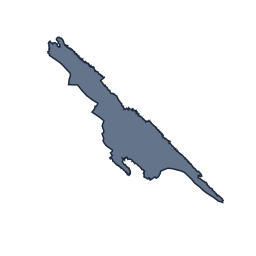 the district of Rangamati, Chittagong, Bangladesh, rotated 323°
{"feature_id": "16705992B35610473312733", "entity_name": "Rangamati", "entity_type": "district", "adm_level": 2, "iso_a3": "BGD", "parent_name": "Bangladesh", "parent_adm1": "Chittagong", "projection": "equal_earth", "projection_center": [92.168, 22.796], "detail": "fine", "context": "isolated", "style": "filled", "palette": "slate", "viewbox_px": 256, "rotation_deg": 323, "n_neighbors": 0, "source": "geoboundaries", "source_scale": "gbopen_adm2", "svg_char_len": 5963}
<svg xmlns="http://www.w3.org/2000/svg" viewBox="0 0 256 256"><g transform="rotate(323 128 128)"><path d="M158.8,244.4L159.4,243.2L160.4,243.1L160.3,242.3L160.7,241.5L159.5,235.9L159.3,235.6L158.7,235.8L158.8,235.1L158.4,234.9L159.1,233.5L158.5,232.7L158.7,231.2L158.4,231.0L158.5,230.3L157.8,228.4L158.5,228.0L158.7,227.2L157.2,224.6L157.5,223.3L156.8,221.0L157.4,220.8L157.7,218.4L156.8,218.0L156.6,216.1L156.1,215.9L155.2,211.7L154.0,210.2L154.3,209.4L155.3,209.3L155.5,208.3L156.7,208.8L156.4,209.8L156.9,210.6L158.0,210.8L158.5,209.0L158.3,205.8L158.1,204.7L157.0,204.4L157.0,200.8L156.7,199.6L156.3,199.4L156.6,194.5L156.1,194.1L156.2,193.4L155.7,192.8L155.9,192.4L155.7,192.0L156.2,191.9L156.2,191.4L155.8,191.2L156.0,190.9L155.7,190.7L155.9,189.1L155.7,188.6L155.9,188.5L155.7,188.5L155.7,187.9L155.4,187.5L155.6,187.5L155.4,186.9L155.7,186.3L155.1,185.0L154.9,181.7L154.5,181.5L154.3,180.2L154.0,180.2L154.1,179.1L153.7,178.9L153.7,177.2L153.4,176.8L153.7,176.4L153.3,176.0L153.6,175.5L153.0,175.5L153.2,174.5L152.9,173.8L153.4,173.5L152.9,173.2L153.3,173.1L153.3,172.6L152.8,171.3L152.9,169.9L152.5,168.9L152.5,165.7L152.2,165.5L152.2,164.9L152.8,164.5L152.1,164.5L152.7,164.1L152.5,163.8L152.9,163.1L152.5,163.0L152.9,162.6L152.5,162.2L152.2,162.6L152.4,162.1L151.8,160.7L152.0,160.6L151.7,159.9L151.9,159.2L151.6,158.7L151.1,158.7L151.0,157.4L150.2,156.9L150.8,156.2L150.7,155.2L151.2,155.4L151.7,155.0L151.7,153.7L151.4,153.8L151.2,153.4L151.8,153.2L151.5,153.2L151.5,151.9L151.0,151.5L151.0,150.8L151.3,151.0L151.4,150.5L150.9,150.2L151.0,149.4L150.7,149.4L151.2,148.5L151.2,147.8L150.6,147.8L150.4,146.9L150.4,145.9L150.7,145.7L150.4,145.1L150.4,144.6L150.8,144.6L150.8,143.8L150.3,142.8L149.5,138.5L149.7,136.8L149.1,136.0L149.4,135.5L148.9,135.6L148.7,134.7L148.4,135.0L147.6,134.3L147.4,134.5L147.1,133.9L145.8,133.9L146.3,133.0L145.8,132.3L145.9,130.6L145.6,129.3L145.4,129.5L145.6,127.8L144.9,126.7L145.1,126.2L144.8,125.8L144.6,126.4L144.4,125.0L143.9,124.8L144.3,124.4L144.0,124.1L144.7,123.5L143.8,122.0L144.7,122.2L144.3,121.7L144.5,121.0L144.2,121.0L144.9,120.5L144.4,120.1L144.6,119.7L143.8,119.5L144.0,118.6L144.5,118.5L143.4,117.8L143.5,115.6L143.2,115.2L142.1,116.7L142.0,115.9L140.9,113.9L140.7,112.5L140.1,113.2L139.3,112.7L139.1,113.5L138.7,112.7L139.1,112.0L138.8,111.3L136.8,111.4L136.7,110.6L136.4,110.5L136.7,110.4L136.5,110.0L136.9,108.6L136.5,107.7L136.9,107.6L136.6,107.4L136.6,106.3L137.1,105.6L137.1,104.8L137.5,104.8L137.3,102.5L137.5,101.4L137.1,101.1L137.6,99.2L137.3,98.5L137.8,97.7L138.2,95.6L137.4,93.7L137.6,93.1L137.2,92.6L137.1,92.0L136.7,92.2L136.2,90.7L135.6,90.6L135.1,89.9L136.0,86.9L135.0,86.1L135.4,84.7L135.1,84.5L135.7,83.3L135.0,80.7L134.8,80.6L135.4,80.1L134.7,79.7L134.7,75.0L134.4,73.7L134.0,73.6L139.1,73.4L139.0,73.2L139.3,73.0L138.9,72.8L138.5,71.8L138.8,71.1L138.0,70.6L137.9,69.8L138.4,70.0L137.8,67.9L137.2,67.5L137.6,64.9L136.7,64.0L136.7,63.2L136.3,63.4L136.0,62.8L136.0,63.5L135.7,62.8L136.4,61.7L136.7,59.9L137.2,59.3L137.1,58.8L136.8,58.7L137.0,58.0L136.1,57.4L136.2,56.6L135.6,57.5L134.9,56.7L135.7,55.8L134.6,55.7L135.1,54.5L134.7,54.6L134.6,53.4L134.6,52.7L134.8,53.2L135.1,52.8L135.0,52.0L134.1,51.7L134.0,49.2L133.6,49.0L132.8,49.8L132.5,47.7L132.2,47.4L132.8,46.4L132.4,46.6L132.1,46.1L132.5,46.0L132.7,45.2L131.3,44.5L131.6,44.1L131.9,44.3L131.8,43.7L132.1,43.6L131.2,42.6L131.7,42.2L131.3,41.7L131.6,41.7L131.5,41.0L131.8,40.9L131.5,40.6L131.6,39.5L131.2,39.4L131.3,38.9L131.0,39.2L130.9,38.5L131.4,37.8L131.0,36.9L130.3,36.7L130.7,35.8L130.6,34.7L130.7,34.2L131.0,34.3L130.4,33.1L130.6,32.4L130.2,32.0L130.5,31.5L129.8,29.6L129.4,30.2L129.1,29.3L128.7,29.0L128.6,26.7L129.4,26.1L128.8,25.2L128.0,25.0L127.8,25.7L127.6,24.9L128.1,24.0L127.3,23.6L128.9,18.8L128.8,16.2L127.8,15.2L127.7,14.3L126.6,13.4L125.1,13.5L124.3,13.9L123.9,14.8L124.4,17.1L123.9,17.3L123.5,18.3L123.6,20.4L122.6,22.2L121.6,22.2L121.6,21.5L121.2,21.2L121.1,19.9L121.8,18.3L121.2,16.4L120.8,15.7L119.3,15.1L118.5,15.5L118.4,14.4L117.8,13.6L118.0,11.8L117.1,11.6L116.4,12.2L115.4,12.4L115.0,14.0L113.7,15.6L113.6,17.0L113.1,17.5L112.7,17.1L112.0,17.8L111.4,19.3L109.8,18.9L109.2,20.4L109.6,21.1L109.5,22.8L109.0,22.9L112.8,34.2L113.6,37.9L114.8,49.7L113.2,51.8L110.5,53.6L106.6,57.6L113.7,63.3L113.8,69.9L114.5,77.3L116.4,84.0L118.8,90.0L117.7,90.9L115.3,91.6L114.9,90.8L112.8,92.7L108.8,93.6L111.8,102.2L113.1,107.7L108.6,110.8L107.1,115.6L105.9,116.9L103.9,116.9L102.2,122.0L100.3,123.2L99.9,126.4L100.0,129.1L102.3,136.3L101.2,137.2L99.1,137.4L98.7,140.7L95.5,141.0L95.3,142.0L96.4,142.4L96.9,143.5L95.9,145.5L96.5,146.8L96.5,149.0L97.1,150.5L96.8,151.0L97.8,152.3L97.7,153.1L98.1,153.2L98.2,154.7L98.7,155.1L98.7,156.0L98.4,156.2L98.8,156.4L99.3,158.3L99.1,158.8L99.6,160.1L99.8,161.5L99.5,161.9L100.0,162.1L100.2,163.3L99.8,163.4L99.4,164.9L99.9,165.5L100.3,165.2L101.2,165.5L100.4,165.7L100.4,166.4L102.1,166.0L102.6,165.7L102.7,164.7L103.6,164.4L103.7,163.5L104.1,163.1L103.8,162.0L104.7,160.9L104.1,159.9L104.2,158.9L103.5,158.3L103.8,155.8L103.4,155.7L103.5,155.3L102.8,154.2L103.3,151.3L105.1,150.6L105.0,149.9L105.6,149.6L105.6,149.1L105.9,149.6L105.9,150.5L106.4,150.6L106.3,151.1L106.9,150.4L107.4,150.6L107.7,150.1L108.6,150.1L108.7,150.8L109.6,150.8L109.1,152.7L109.6,152.6L110.0,153.6L110.9,154.1L111.8,155.6L111.8,156.6L111.3,157.1L112.0,157.3L112.1,160.6L112.8,160.5L113.5,162.6L113.5,164.2L114.0,165.2L114.1,166.5L114.4,166.9L114.1,167.5L114.5,168.7L114.0,169.4L115.1,170.5L115.0,171.6L115.3,172.1L114.9,172.2L114.7,172.8L113.9,172.8L113.5,173.8L112.9,173.8L113.1,174.7L111.3,176.6L111.8,177.8L112.2,177.9L113.2,180.8L114.3,180.3L115.1,180.7L114.8,181.2L115.0,182.2L114.3,182.5L114.4,182.9L119.5,183.3L120.4,183.6L120.2,185.0L121.3,185.2L122.9,185.2L126.5,183.6L128.0,182.1L135.5,184.0L139.0,187.2L144.9,194.7L146.1,197.0L146.7,199.0L148.0,207.1L148.1,212.1L149.7,217.7L150.5,223.0L151.8,227.5L154.7,235.1L156.2,240.6L158.8,244.4Z" fill="#64748b" stroke="#1e293b" stroke-width="1.5"/></g></svg>